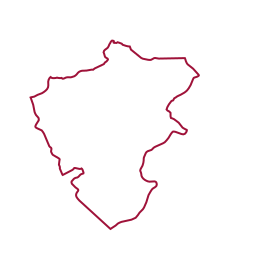 the Prefecture of Nana-Mambéré, rotated 68°
{"feature_id": "CAF-804", "entity_name": "Nana-Mambéré", "entity_type": "Prefecture", "adm_level": 1, "iso_a3": "CAF", "parent_name": "Central African Republic", "parent_adm1": "", "projection": "natural_earth1", "projection_center": [15.312, 5.849], "detail": "fine", "context": "isolated", "style": "outline", "palette": "rose", "viewbox_px": 256, "rotation_deg": 68, "n_neighbors": 0, "source": "natural_earth", "source_scale": "10m", "svg_char_len": 3406}
<svg xmlns="http://www.w3.org/2000/svg" viewBox="0 0 256 256"><g transform="rotate(68 128 128)"><path d="M56.4,95.9L68.0,89.5L69.3,88.3L72.3,83.8L73.2,82.0L73.4,81.0L73.3,80.0L73.0,77.7L73.2,76.7L75.2,73.4L84.5,49.1L85.8,49.1L87.7,49.3L90.0,49.2L90.8,49.0L91.6,48.7L97.4,45.4L105.1,42.6L105.7,42.6L106.1,43.1L106.3,44.2L106.3,45.3L106.1,47.6L106.2,48.3L107.0,49.3L111.7,53.9L113.9,56.8L115.3,59.2L115.9,60.9L116.3,62.4L116.9,66.8L117.0,69.2L117.1,70.2L117.2,71.0L117.6,72.4L117.7,73.5L117.8,74.0L118.2,74.5L119.0,75.4L119.3,75.9L119.3,76.5L119.2,77.1L119.3,77.7L121.4,81.2L123.5,83.8L125.3,85.3L126.7,84.8L128.1,83.6L129.9,82.9L132.4,83.9L133.2,84.2L134.8,84.4L135.8,83.2L137.1,82.0L142.1,79.0L148.0,77.3L148.9,76.7L150.5,75.4L150.9,75.1L151.2,74.8L151.5,74.4L151.9,74.2L152.6,74.5L153.8,75.7L154.7,77.5L154.6,79.1L153.6,80.7L149.3,85.5L148.6,86.6L148.2,87.5L148.6,88.8L149.7,90.6L152.4,94.2L153.9,96.9L155.0,99.3L155.3,101.4L155.6,109.8L155.9,111.6L156.9,113.8L157.1,114.6L156.9,118.4L157.2,119.8L157.9,120.9L161.3,124.3L162.3,124.9L164.1,125.7L166.0,126.8L168.3,128.6L170.8,131.7L171.7,132.4L172.3,132.7L174.2,132.7L175.5,132.9L177.4,133.4L179.0,133.3L180.7,132.8L182.3,131.9L183.7,130.8L184.9,129.6L185.8,128.2L187.4,123.5L188.1,122.6L188.9,122.2L190.1,122.2L191.4,122.6L192.5,123.6L193.1,125.5L193.3,127.1L193.9,128.8L195.3,130.8L197.9,134.1L203.7,138.8L207.7,142.9L208.9,144.6L210.8,149.0L212.5,151.5L214.1,154.5L214.3,159.1L212.6,169.2L212.6,171.5L212.8,173.2L213.8,176.0L215.0,182.1L177.0,200.3L174.4,201.2L172.3,201.6L170.7,201.3L169.5,200.5L168.7,199.6L167.7,198.0L167.2,197.5L166.4,197.3L165.6,197.6L163.3,199.0L158.7,200.9L157.3,200.8L156.4,200.3L154.9,197.3L154.7,196.6L154.6,195.8L154.6,195.3L154.7,194.6L154.8,194.1L154.9,193.5L154.8,192.8L154.5,191.9L153.5,189.8L153.3,189.0L153.3,188.2L153.4,186.4L152.9,186.0L152.0,185.9L149.5,185.8L148.6,186.0L148.1,186.3L148.2,186.8L148.1,187.4L147.8,188.3L145.6,191.5L145.2,192.2L145.0,192.8L145.3,193.4L145.6,193.9L145.9,194.7L146.1,195.6L147.1,206.1L146.6,206.3L140.4,206.4L139.8,206.3L139.0,205.9L138.5,205.8L137.9,205.7L136.2,205.8L132.9,204.0L131.8,203.3L131.4,203.1L130.9,203.2L130.1,203.6L125.1,207.5L124.3,207.9L123.9,208.0L121.5,208.2L120.9,208.1L120.5,207.9L118.7,206.8L117.7,206.7L117.2,206.9L116.7,207.3L115.4,207.8L102.1,208.0L100.1,208.3L97.9,208.9L94.4,212.2L93.1,213.2L92.4,213.4L91.8,213.3L91.4,213.0L90.4,212.0L87.5,208.0L87.4,207.9L86.3,207.4L85.3,207.2L84.4,207.4L81.6,208.4L79.9,208.6L78.2,208.6L70.9,207.2L64.3,206.9L63.2,206.9L63.2,206.5L63.8,203.1L63.4,199.4L63.5,194.7L63.1,192.5L62.5,190.4L61.6,188.4L60.3,186.9L58.6,185.9L55.1,184.6L53.4,183.4L52.1,181.7L51.8,180.6L52.5,180.4L53.4,179.4L54.1,177.8L54.6,176.1L54.7,174.9L55.1,174.5L55.9,173.1L56.6,171.5L56.7,170.8L57.7,170.3L58.1,169.2L58.0,166.5L58.3,165.0L59.5,162.3L59.7,161.3L59.9,158.5L59.7,157.3L59.2,155.8L58.0,153.6L57.6,152.3L57.5,150.7L57.7,149.2L59.2,145.0L60.3,139.8L60.9,138.5L60.3,136.5L59.7,126.5L58.6,124.8L58.2,122.9L57.1,121.0L56.1,120.9L53.9,122.5L52.7,122.6L50.1,122.3L48.7,122.3L47.4,121.2L46.8,119.8L46.4,118.1L45.9,116.6L44.7,115.1L43.5,114.0L42.6,112.7L41.9,112.0L41.2,110.8L41.0,110.1L41.3,109.4L41.9,108.7L42.3,108.6L43.1,109.3L43.5,109.3L43.9,108.9L44.2,108.1L44.4,107.7L44.8,106.8L44.7,106.3L44.7,105.8L44.6,105.5L45.6,104.3L47.5,102.2L48.8,101.8L51.1,99.1L52.3,97.4L53.1,95.8L56.4,95.9Z" fill="none" stroke="#9f1239" stroke-width="2"/></g></svg>